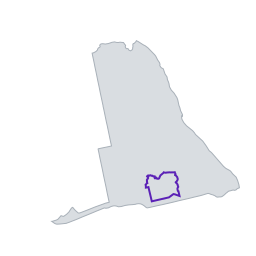 Oshikoto highlighted on a map of Namibia, rotated 167°
{"feature_id": "NAM-3355", "entity_name": "Oshikoto", "entity_type": "Region", "adm_level": 1, "iso_a3": "NAM", "parent_name": "Namibia", "parent_adm1": "", "projection": "orthographic", "projection_center": [17.144, -18.609], "detail": "fine", "context": "in_parent", "style": "outline", "palette": "violet", "viewbox_px": 256, "rotation_deg": 167, "n_neighbors": 0, "source": "natural_earth", "source_scale": "10m", "svg_char_len": 4336}
<svg xmlns="http://www.w3.org/2000/svg" viewBox="0 0 256 256"><g transform="rotate(167 128 128)"><path d="M197.1,50.8L200.1,50.3L203.0,49.9L206.3,49.4L209.0,49.1L209.7,49.0L216.1,49.8L218.9,50.3L219.8,50.7L221.1,51.7L223.3,54.2L222.7,54.1L218.4,54.4L216.7,54.9L213.0,57.6L212.2,57.2L211.3,56.6L210.6,56.4L209.0,57.0L207.3,57.7L205.5,58.8L204.0,59.8L203.5,60.4L201.2,62.6L200.4,63.0L199.7,63.1L199.2,62.0L197.9,59.6L195.7,56.5L195.1,56.2L194.6,56.1L193.0,56.2L188.1,56.9L184.0,57.5L177.6,58.5L170.8,59.3L166.7,59.8L163.0,59.9L163.0,62.9L162.9,69.0L162.7,75.0L162.6,81.1L162.5,87.1L162.3,93.1L162.2,99.2L162.1,105.2L161.9,111.2L161.9,113.9L161.7,114.4L159.7,114.4L155.1,114.3L151.2,114.2L148.1,114.2L148.1,117.8L148.0,122.0L147.9,126.2L147.8,130.5L147.7,134.7L147.7,138.9L147.6,143.2L147.5,147.4L147.4,151.6L147.4,154.8L147.3,155.2L147.2,161.3L147.1,167.9L146.9,174.4L146.8,180.9L146.6,187.5L146.5,194.0L146.3,200.5L146.2,207.0L146.1,209.0L144.8,209.0L142.1,209.7L140.4,210.7L139.6,212.0L138.6,212.8L137.4,213.0L136.8,213.7L137.0,214.7L136.5,215.5L135.4,216.0L133.6,215.8L131.2,214.9L128.1,214.7L124.3,215.1L121.7,214.9L120.0,214.0L118.3,213.5L116.4,213.4L115.4,213.0L113.2,212.3L112.7,211.2L112.5,210.4L111.9,209.5L111.8,208.7L112.3,208.2L112.4,207.3L112.0,206.1L111.4,205.5L110.5,205.5L110.0,205.1L109.8,204.1L109.3,203.4L108.1,202.6L106.5,203.2L105.7,204.0L105.3,205.4L104.9,206.0L104.7,207.1L104.6,207.9L104.2,208.8L103.7,209.1L103.3,208.9L102.5,209.3L100.7,210.5L100.2,211.2L98.7,210.0L94.4,205.6L92.9,204.4L90.6,201.7L85.5,193.3L84.8,191.7L83.8,187.6L82.6,184.6L82.5,182.8L83.0,181.8L82.6,180.5L82.1,179.3L80.3,177.7L79.8,172.4L78.5,169.0L78.7,166.2L78.2,163.6L78.1,162.0L78.3,158.8L77.3,155.2L75.3,151.7L73.5,146.6L73.2,144.4L73.3,138.4L72.9,136.0L72.9,133.1L72.2,130.1L71.9,128.5L72.3,127.2L72.6,127.6L73.1,127.8L73.4,126.0L73.5,124.5L72.5,120.8L70.5,117.0L65.6,110.8L64.4,108.5L63.7,106.5L58.1,98.4L55.7,92.6L54.0,87.6L52.2,85.3L43.6,69.2L41.8,66.7L38.4,63.7L37.6,62.6L36.3,59.7L33.7,55.8L33.0,52.1L32.7,47.9L32.9,44.7L35.2,44.3L36.7,43.4L38.1,43.3L39.5,43.9L41.0,43.9L41.6,43.8L44.3,43.8L45.8,43.0L47.6,42.2L48.6,41.5L50.0,40.8L52.0,40.0L53.1,40.0L54.5,40.3L56.3,40.5L57.3,41.0L58.5,42.4L60.4,43.8L61.8,44.5L63.4,45.6L63.9,46.0L64.6,46.2L65.0,46.3L68.0,46.1L70.6,45.9L73.5,45.8L78.9,45.8L84.3,45.7L89.7,45.7L95.1,45.7L100.6,45.6L106.0,45.6L111.4,45.6L116.8,45.7L119.0,45.7L122.9,45.7L126.9,45.8L127.4,45.9L127.8,46.2L128.2,46.5L129.6,48.4L131.4,50.3L132.9,51.3L134.8,51.9L136.5,52.1L138.1,52.0L140.7,52.3L144.4,52.9L148.2,53.2L152.2,53.0L155.0,53.4L156.6,54.4L158.2,55.1L159.9,55.4L162.2,55.3L165.1,54.6L167.6,54.8L168.7,55.3L169.4,55.4L173.6,54.7L177.0,54.2L182.2,53.3L186.4,52.6L192.7,51.6L197.1,50.8Z" fill="#d9dde1" stroke="#a8b0b8" stroke-width="1"/><path d="M103.1,76.7L102.9,76.6L102.1,76.2L101.2,75.9L100.3,75.9L97.7,75.5L95.9,75.0L95.1,74.9L94.1,74.6L92.4,74.4L92.4,74.1L92.3,73.7L92.1,72.7L92.1,72.3L92.3,72.1L92.6,71.9L92.7,71.5L92.2,71.2L92.0,70.9L91.8,70.5L91.6,70.1L91.1,69.1L91.1,68.7L91.0,67.5L91.0,67.1L91.2,66.6L91.7,65.9L92.4,65.3L92.8,64.7L93.1,64.6L93.4,64.6L93.7,64.4L93.6,64.0L93.0,63.2L92.7,62.5L92.5,62.1L92.4,61.7L92.5,60.7L92.3,60.0L92.3,59.3L92.5,59.1L92.8,58.9L93.4,58.0L93.5,57.6L93.6,56.8L93.6,55.6L93.5,55.3L93.3,55.1L93.1,55.0L93.1,50.2L97.4,52.9L98.6,53.4L103.7,51.2L121.3,51.2L121.4,65.8L124.0,65.9L123.7,67.2L123.6,68.8L123.0,69.1L122.8,69.3L122.4,69.7L122.2,69.9L121.9,70.0L121.6,70.0L121.6,71.2L121.6,71.4L121.6,71.6L121.4,71.9L121.4,72.1L121.4,72.6L121.3,73.0L121.2,73.3L121.0,73.5L120.8,73.5L120.7,73.6L120.5,73.8L120.4,74.0L119.9,74.4L119.8,74.6L119.7,74.7L119.6,74.8L119.6,75.1L119.6,75.3L119.6,75.5L119.8,75.7L120.2,76.3L120.3,76.5L120.2,76.6L120.1,76.8L119.4,77.1L119.2,77.2L119.0,76.8L118.9,76.7L118.6,76.6L118.3,76.7L117.9,76.9L117.7,76.9L116.8,76.9L116.7,76.9L116.2,76.4L115.9,76.2L115.7,76.1L115.3,76.2L115.1,76.1L114.7,75.8L114.6,75.7L114.5,75.4L114.4,75.3L114.0,75.0L113.8,75.0L113.6,74.9L113.3,75.0L113.1,74.9L112.8,74.8L112.8,74.7L112.8,74.0L112.8,73.8L113.1,73.7L113.2,73.0L113.1,72.9L112.7,72.9L112.4,73.0L112.3,73.4L112.2,73.5L111.9,73.5L111.8,73.4L111.9,73.0L111.9,72.8L111.8,72.7L111.6,72.4L111.2,72.2L110.8,72.2L110.5,72.1L110.4,72.0L110.3,71.8L110.2,71.7L109.0,71.9L108.4,72.8L107.1,74.5L103.2,76.5L103.1,76.7Z" fill="none" stroke="#5b21b6" stroke-width="2"/></g></svg>